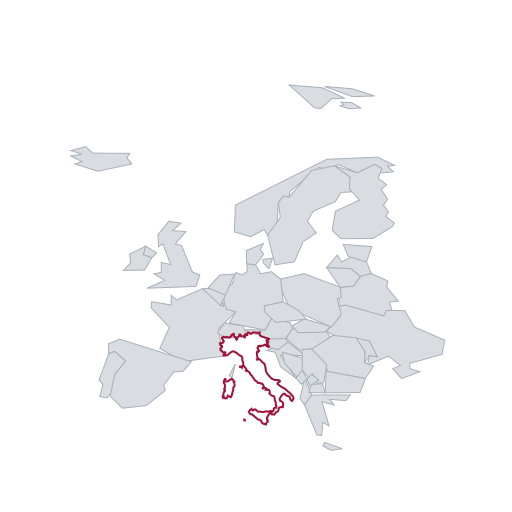 Italy on a map of Europe (Natural Earth projection), rotated 9°
{"feature_id": "ITA", "entity_name": "Italy", "entity_type": "country or territory", "adm_level": 0, "iso_a3": "ITA", "parent_name": "Europe", "parent_adm1": "", "projection": "natural_earth1", "projection_center": [11.757, 41.885], "detail": "fine", "context": "in_parent", "style": "outline", "palette": "rose", "viewbox_px": 512, "rotation_deg": 9, "n_neighbors": 37, "source": "natural_earth", "source_scale": "50m", "svg_char_len": 13200}
<svg xmlns="http://www.w3.org/2000/svg" viewBox="0 0 512 512"><g transform="rotate(9 256 256)"><path d="M262.0,81.9L295.3,79.5L319.1,86.3L306.3,88.8L297.0,100.2L290.7,100.5L262.0,81.9ZM378.6,151.3L364.8,154.9L366.5,149.8L358.9,146.9L343.0,158.0L322.7,152.7L315.3,159.8L304.4,158.6L279.3,187.1L279.5,192.7L273.6,192.6L269.7,199.9L272.0,223.5L264.2,233.5L260.0,228.6L247.7,237.8L230.8,235.6L227.7,208.9L310.8,149.4L360.5,139.4L378.7,144.8L371.7,146.7L378.6,151.3ZM348.2,79.4L326.4,83.5L297.1,77.8L324.9,75.8L348.2,79.4ZM336.4,93.4L325.0,96.0L315.6,94.5L319.0,92.8L315.7,90.8L326.3,89.5L336.4,93.4Z" fill="#d9dde1" stroke="#a8b0b8" stroke-width="1"/><path d="M208.3,296.6L244.5,314.5L230.3,334.0L239.2,360.0L200.6,371.6L175.5,362.3L181.5,340.1L160.4,323.5L160.2,317.4L179.9,317.7L178.4,308.1L184.4,311.8L208.3,296.6ZM248.2,378.2L252.5,365.9L251.3,380.0L248.2,378.2Z" fill="#d9dde1" stroke="#a8b0b8" stroke-width="1"/><path d="M264.2,233.5L274.0,214.2L269.7,199.9L273.6,192.6L279.5,192.7L297.6,162.7L319.4,154.6L336.6,163.3L339.9,177.8L330.0,179.9L325.8,189.9L305.4,202.8L301.4,213.8L311.9,223.7L300.2,234.6L294.8,255.7L276.2,261.8L264.2,233.5Z" fill="#d9dde1" stroke="#a8b0b8" stroke-width="1"/><path d="M372.6,255.2L390.2,260.2L390.0,266.3L403.7,278.3L395.0,280.6L398.9,288.7L391.5,295.2L345.5,293.0L344.0,273.7L357.0,270.6L362.3,259.7L372.6,255.2Z" fill="#d9dde1" stroke="#a8b0b8" stroke-width="1"/><path d="M425.6,343.2L436.0,344.7L418.9,354.2L408.6,346.0L415.8,341.5L402.3,334.2L383.1,346.2L383.6,336.5L391.4,336.6L381.3,322.2L356.1,325.4L337.3,319.6L348.6,302.7L345.5,293.0L352.0,290.4L391.5,295.2L393.4,289.2L411.5,286.7L423.5,301.4L455.5,309.6L455.2,324.0L424.7,337.9L425.6,343.2Z" fill="#d9dde1" stroke="#a8b0b8" stroke-width="1"/><path d="M344.0,273.7L346.7,283.8L342.9,285.5L349.2,300.3L341.7,314.5L297.7,302.7L283.7,281.4L283.9,274.9L306.1,265.9L344.0,273.7Z" fill="#d9dde1" stroke="#a8b0b8" stroke-width="1"/><path d="M303.5,322.1L297.2,334.4L288.0,336.5L253.5,330.8L276.5,327.7L280.9,315.7L300.1,316.5L303.5,322.1Z" fill="#d9dde1" stroke="#a8b0b8" stroke-width="1"/><path d="M337.3,319.6L341.7,324.2L331.0,337.5L313.9,342.3L298.5,332.9L303.5,322.1L337.3,319.6Z" fill="#d9dde1" stroke="#a8b0b8" stroke-width="1"/><path d="M367.6,321.3L381.3,322.2L391.4,336.6L383.6,336.5L379.9,344.6L378.5,333.3L367.6,321.3Z" fill="#d9dde1" stroke="#a8b0b8" stroke-width="1"/><path d="M379.9,344.6L389.3,346.2L383.2,359.9L344.9,358.9L325.6,339.1L344.5,322.3L367.6,321.3L378.5,333.3L379.9,344.6Z" fill="#d9dde1" stroke="#a8b0b8" stroke-width="1"/><path d="M362.3,259.7L357.0,270.6L344.0,273.7L327.6,256.3L351.5,253.5L362.3,259.7Z" fill="#d9dde1" stroke="#a8b0b8" stroke-width="1"/><path d="M366.1,244.6L372.6,255.2L362.3,259.7L351.5,253.5L327.6,256.3L336.1,242.3L341.4,248.4L352.5,240.6L366.1,244.6Z" fill="#d9dde1" stroke="#a8b0b8" stroke-width="1"/><path d="M368.9,228.6L366.1,244.6L347.2,242.0L340.4,230.9L368.9,228.6Z" fill="#d9dde1" stroke="#a8b0b8" stroke-width="1"/><path d="M283.9,274.9L290.0,297.0L271.9,304.0L280.9,315.7L276.5,327.7L240.1,326.4L244.5,314.5L235.0,313.0L231.1,305.2L231.1,290.7L236.8,287.6L238.7,275.5L245.3,276.8L249.7,272.8L248.1,265.0L257.0,264.9L263.4,272.9L273.6,269.1L283.9,274.9Z" fill="#d9dde1" stroke="#a8b0b8" stroke-width="1"/><path d="M342.8,355.3L344.9,358.9L383.2,359.9L380.2,374.5L345.8,380.3L342.8,355.3Z" fill="#d9dde1" stroke="#a8b0b8" stroke-width="1"/><path d="M371.4,432.9L360.4,436.2L351.8,433.1L352.9,429.4L371.4,432.9ZM332.7,384.6L370.9,378.4L367.5,384.8L351.3,386.0L356.3,390.9L344.0,389.7L354.7,412.3L348.1,410.0L348.9,423.1L344.2,423.2L327.0,395.2L332.7,384.6Z" fill="#d9dde1" stroke="#a8b0b8" stroke-width="1"/><path d="M332.7,384.6L327.0,395.2L321.7,389.8L323.3,368.7L332.7,384.6Z" fill="#d9dde1" stroke="#a8b0b8" stroke-width="1"/><path d="M301.0,335.9L320.3,346.7L295.7,350.3L314.6,370.5L297.7,361.6L290.0,348.1L281.5,347.6L301.0,335.9Z" fill="#d9dde1" stroke="#a8b0b8" stroke-width="1"/><path d="M254.3,327.2L259.3,336.1L238.5,342.1L230.1,337.9L235.2,327.1L254.3,327.2Z" fill="#d9dde1" stroke="#a8b0b8" stroke-width="1"/><path d="M229.4,305.5L231.9,310.8L228.5,310.2L229.4,305.5Z" fill="#d9dde1" stroke="#a8b0b8" stroke-width="1"/><path d="M232.0,299.5L228.5,310.2L208.3,296.6L224.4,293.9L232.0,299.5Z" fill="#d9dde1" stroke="#a8b0b8" stroke-width="1"/><path d="M237.4,277.2L232.0,299.5L213.6,295.0L223.1,280.4L237.4,277.2Z" fill="#d9dde1" stroke="#a8b0b8" stroke-width="1"/><path d="M125.8,375.6L131.3,372.2L143.7,380.0L135.0,395.2L137.4,408.7L130.9,419.5L123.6,419.2L124.9,407.0L120.4,402.9L125.8,375.6Z" fill="#d9dde1" stroke="#a8b0b8" stroke-width="1"/><path d="M133.9,417.2L135.0,395.2L143.7,380.0L131.3,372.2L125.8,375.6L124.1,365.7L134.3,359.5L208.6,370.5L202.1,381.3L193.2,383.1L185.0,397.9L187.5,402.9L171.0,420.9L147.9,427.2L133.9,417.2Z" fill="#d9dde1" stroke="#a8b0b8" stroke-width="1"/><path d="M153.3,274.0L148.3,287.3L127.2,291.0L133.3,282.3L130.9,273.9L145.5,263.6L144.6,272.4L153.3,274.0Z" fill="#d9dde1" stroke="#a8b0b8" stroke-width="1"/><path d="M257.0,264.9L248.1,265.0L245.6,252.2L261.3,242.5L259.2,249.3L263.4,252.8L257.0,264.9ZM272.6,255.6L270.8,266.4L264.2,261.7L263.3,258.3L272.6,255.6Z" fill="#d9dde1" stroke="#a8b0b8" stroke-width="1"/><path d="M153.3,274.0L144.6,272.4L145.5,263.6L157.3,268.4L153.3,274.0ZM173.0,277.9L162.1,258.3L158.3,262.2L155.9,250.2L164.5,235.3L176.9,235.3L169.5,244.0L182.8,242.9L174.4,256.8L180.9,257.3L195.7,281.8L203.5,283.4L201.4,295.4L153.4,304.9L169.7,294.3L158.0,289.6L165.0,287.0L163.4,277.1L173.0,277.9Z" fill="#d9dde1" stroke="#a8b0b8" stroke-width="1"/><path d="M115.3,174.4L113.1,179.3L118.9,184.5L86.6,197.0L62.8,193.4L69.4,190.0L57.4,186.3L68.4,182.6L56.5,180.8L70.7,174.7L78.7,179.9L115.3,174.4Z" fill="#d9dde1" stroke="#a8b0b8" stroke-width="1"/><path d="M282.5,335.8L298.5,332.9L301.0,335.9L292.8,344.9L281.9,344.5L282.5,335.8Z" fill="#d9dde1" stroke="#a8b0b8" stroke-width="1"/><path d="M366.5,149.8L364.5,160.1L373.9,165.1L369.3,170.7L377.1,179.3L373.9,185.9L379.9,191.6L378.1,196.6L387.6,201.9L385.8,205.9L368.7,220.4L337.2,225.6L327.2,218.7L327.4,199.4L349.3,184.6L337.7,174.9L336.6,163.3L319.4,154.6L343.0,158.0L358.9,146.9L366.5,149.8Z" fill="#d9dde1" stroke="#a8b0b8" stroke-width="1"/><path d="M340.2,314.0L335.9,320.4L309.4,325.2L302.7,319.2L313.6,310.5L340.2,314.0Z" fill="#d9dde1" stroke="#a8b0b8" stroke-width="1"/><path d="M290.0,297.0L306.8,303.2L315.6,310.5L285.8,318.5L273.7,310.1L271.9,304.0L290.0,297.0Z" fill="#d9dde1" stroke="#a8b0b8" stroke-width="1"/><path d="M315.3,369.0L300.7,357.0L297.1,346.8L320.2,349.9L321.2,361.1L315.3,369.0Z" fill="#d9dde1" stroke="#a8b0b8" stroke-width="1"/><path d="M341.6,371.8L345.8,380.3L329.7,382.5L330.5,374.2L341.6,371.8Z" fill="#d9dde1" stroke="#a8b0b8" stroke-width="1"/><path d="M316.3,341.0L325.6,339.1L343.0,352.4L342.6,370.6L336.1,372.5L330.5,363.6L326.9,367.6L319.6,361.5L316.3,341.0Z" fill="#d9dde1" stroke="#a8b0b8" stroke-width="1"/><path d="M325.6,369.5L321.0,375.7L314.6,370.5L319.6,361.5L325.6,369.5Z" fill="#d9dde1" stroke="#a8b0b8" stroke-width="1"/><path d="M329.4,375.9L325.6,369.5L329.3,364.1L337.3,368.7L329.4,375.9Z" fill="#d9dde1" stroke="#a8b0b8" stroke-width="1"/><path d="M236.8,340.8L237.5,341.2L238.9,340.9L240.3,340.4L242.0,340.9L243.4,340.1L243.5,339.8L244.3,338.8L244.3,338.6L244.0,338.0L244.1,337.9L245.0,337.3L245.5,336.8L245.9,336.4L246.3,336.4L246.4,336.8L246.4,337.8L246.5,338.1L247.7,339.3L248.9,339.5L249.0,339.7L248.6,340.2L249.3,340.9L249.5,341.4L249.8,341.7L250.3,341.5L250.4,341.3L250.1,340.3L250.2,340.1L250.3,339.8L251.5,338.3L251.8,337.7L251.9,336.1L252.2,336.0L253.0,336.1L253.4,337.2L253.7,337.6L254.5,337.7L256.1,337.1L256.5,337.1L257.2,338.2L257.4,338.2L257.7,338.2L257.9,338.0L257.6,337.1L257.4,336.6L257.2,336.4L257.2,336.1L257.5,335.1L258.2,334.9L258.7,335.4L259.3,335.5L259.8,335.5L259.9,335.2L259.8,334.9L259.6,334.5L259.6,333.9L260.0,332.8L261.5,333.0L262.0,333.4L262.5,333.6L263.6,333.6L263.8,333.4L264.0,332.9L264.5,332.2L265.3,331.9L267.2,331.7L268.8,331.8L271.5,331.0L271.2,331.8L271.4,332.2L272.1,333.1L272.9,334.2L273.5,334.5L278.2,335.3L280.3,335.5L281.7,335.8L281.6,336.2L280.8,336.7L279.7,337.5L279.6,338.0L279.7,338.3L279.9,338.4L280.1,338.3L280.4,338.3L281.3,338.7L281.3,338.8L281.2,339.1L280.3,339.9L280.3,340.3L280.5,340.4L281.1,340.4L281.2,340.5L280.9,341.6L281.0,341.8L281.5,342.0L281.9,342.2L282.7,342.9L283.0,343.5L282.8,343.7L282.3,343.8L281.9,343.7L282.4,343.4L281.3,342.2L280.8,342.2L280.2,342.7L278.5,342.2L278.1,342.4L277.9,342.8L277.3,343.3L276.4,343.5L275.5,344.1L273.7,344.8L273.3,344.8L274.0,344.1L273.7,344.1L272.7,344.5L272.2,344.9L271.9,346.7L272.3,347.0L273.0,348.4L273.9,349.0L273.5,350.1L272.9,350.5L272.5,350.2L272.2,350.2L272.0,351.1L272.4,353.7L273.0,355.4L273.7,356.2L275.0,357.4L276.5,358.0L279.2,360.1L280.6,360.7L281.0,361.0L281.9,362.6L282.7,364.4L283.5,367.2L284.1,368.6L285.3,370.2L287.8,372.5L290.0,374.2L292.1,375.2L293.8,375.4L297.6,375.1L298.3,375.2L299.0,375.5L299.2,376.2L298.9,376.7L298.1,377.2L297.3,377.9L297.2,378.8L298.0,379.5L301.7,381.3L305.6,382.7L306.8,383.5L308.2,384.6L311.5,386.3L312.1,387.0L314.2,388.7L315.1,390.0L315.3,391.0L314.9,392.1L314.7,392.8L314.4,393.5L313.5,393.2L312.5,392.5L311.0,389.5L308.3,389.2L307.7,389.0L306.8,388.5L306.7,388.1L306.4,387.7L306.2,387.6L305.2,387.5L304.5,388.0L303.6,389.1L302.7,390.7L301.8,393.2L301.8,394.1L302.3,395.1L303.9,395.6L305.1,396.4L305.9,397.3L306.0,399.4L306.4,400.6L305.9,401.3L304.9,401.2L303.5,401.6L302.6,402.4L302.2,403.1L302.3,405.0L302.1,405.8L300.3,407.2L299.4,408.6L298.8,409.8L296.4,409.9L295.9,409.0L295.8,407.8L296.2,407.0L297.1,406.7L297.6,405.1L297.4,404.0L297.8,403.5L298.1,403.1L299.6,402.7L299.7,401.1L299.0,400.4L298.4,397.6L297.1,395.2L296.5,393.1L296.0,392.0L295.2,391.5L293.9,391.5L293.2,391.3L290.8,389.9L290.6,389.6L290.7,389.2L291.0,388.7L290.8,387.9L290.5,387.1L290.0,386.5L289.5,386.1L288.0,386.5L287.4,386.4L286.8,386.7L286.6,386.7L287.4,385.6L287.1,385.3L286.3,384.9L284.9,384.8L284.7,385.0L284.5,384.9L284.5,384.4L283.2,382.1L282.3,381.2L281.9,381.1L281.1,381.3L279.8,380.8L279.0,380.8L277.9,381.1L277.5,381.0L277.4,380.7L276.2,379.7L274.7,379.2L271.8,376.2L270.9,375.1L269.0,373.9L267.9,372.1L266.9,371.5L265.5,370.9L264.5,371.2L264.2,371.0L264.8,370.7L264.7,370.0L263.1,368.2L262.2,367.7L261.5,366.5L261.1,366.3L260.7,366.4L260.2,366.2L260.3,364.8L260.3,364.2L259.8,362.8L258.9,361.5L258.4,358.6L258.0,357.8L257.1,357.2L254.9,356.5L251.9,354.6L251.3,354.6L249.5,353.8L248.4,353.7L246.9,354.4L245.1,356.2L243.7,358.0L243.2,358.4L241.3,359.1L239.7,359.4L239.6,358.5L240.8,357.1L240.9,356.6L240.7,355.9L240.4,355.9L238.9,356.3L238.5,356.2L236.2,354.9L235.7,354.5L235.5,354.0L235.7,353.7L235.3,353.0L236.2,351.5L236.5,351.4L236.7,351.2L236.4,350.2L236.1,350.0L235.1,349.8L234.7,349.4L234.6,349.0L234.4,348.6L234.0,348.2L234.0,347.8L234.4,347.5L235.4,347.6L236.4,346.9L237.1,346.7L237.3,345.8L237.5,345.5L237.6,345.3L236.7,344.5L236.3,343.8L235.8,343.0L235.3,342.7L235.2,342.4L235.2,342.1L235.3,341.8L236.2,341.3L236.8,340.8ZM273.7,358.2L273.8,357.8L273.8,357.4L273.3,357.5L273.0,357.9L273.3,358.3L273.7,358.2ZM295.4,407.4L294.7,408.8L293.0,411.2L292.6,412.9L292.1,414.0L292.2,415.1L293.0,415.9L292.7,416.2L293.5,417.2L293.5,417.6L293.5,417.9L292.8,418.6L292.5,419.0L292.3,419.4L292.2,419.9L292.3,420.3L292.3,420.8L291.5,420.7L290.7,420.5L289.9,420.6L288.0,419.8L287.0,418.3L286.3,417.6L285.4,417.1L283.8,417.2L283.0,416.9L281.5,415.8L279.9,415.0L278.6,413.9L277.7,413.6L276.9,413.1L275.3,413.1L274.9,412.9L274.1,412.2L273.4,410.9L274.2,408.9L275.0,408.4L275.5,407.7L276.3,408.8L276.7,409.0L277.1,409.0L277.7,408.6L277.8,408.2L278.5,407.7L279.4,407.7L279.8,407.8L280.1,408.2L280.8,408.4L282.1,409.3L282.9,409.5L283.9,409.1L284.7,409.0L286.4,409.2L287.3,409.0L287.9,408.9L288.8,408.6L289.5,408.0L289.9,407.9L291.2,407.9L292.2,408.0L292.6,407.9L292.9,407.5L293.3,407.3L293.7,407.4L294.8,406.8L295.3,406.8L295.8,407.0L295.4,407.4ZM254.0,384.3L254.4,384.8L255.1,387.1L255.2,387.6L254.8,388.5L254.1,389.6L254.2,390.6L254.4,391.1L254.5,391.8L254.3,392.6L253.8,397.5L253.4,399.2L252.9,399.4L251.4,398.7L250.6,398.9L249.9,398.5L249.7,400.3L249.3,400.9L248.7,401.4L248.1,401.4L247.5,401.3L247.0,401.3L246.7,400.9L245.5,398.8L245.4,396.4L245.7,395.7L245.8,395.0L245.8,394.4L245.9,394.1L246.2,394.4L246.4,394.3L246.4,393.3L246.1,392.8L245.5,392.7L245.4,392.1L245.5,391.6L245.8,391.3L245.9,390.8L245.9,389.4L245.5,388.9L245.4,388.1L245.2,387.6L244.0,386.3L244.0,385.2L244.3,384.0L244.9,384.5L245.3,384.6L246.0,384.7L246.7,384.6L248.4,383.7L249.7,382.3L250.4,382.0L250.8,381.7L250.9,381.2L251.3,381.0L251.6,381.5L252.1,381.6L252.8,382.0L253.4,382.8L253.9,383.1L254.0,383.2L253.7,383.3L253.5,383.9L254.0,384.3ZM259.4,367.2L259.6,367.5L259.5,367.9L259.5,368.4L259.0,368.0L258.1,368.2L257.6,368.2L257.4,367.8L257.5,367.6L258.4,367.6L258.6,367.5L259.1,367.5L259.4,367.2ZM245.9,400.0L245.5,400.9L245.1,400.3L245.0,399.8L245.1,399.6L245.9,400.0ZM245.0,382.7L244.5,383.3L244.2,383.3L244.6,382.4L245.0,382.2L245.2,382.4L245.0,382.7ZM270.8,420.2L270.4,420.3L270.0,420.0L270.0,419.5L270.0,419.4L270.6,419.6L270.8,420.2ZM283.9,385.7L283.5,385.9L283.3,385.8L283.2,385.7L283.3,385.3L283.9,385.5L283.9,385.7Z" fill="none" stroke="#9f1239" stroke-width="2"/></g></svg>